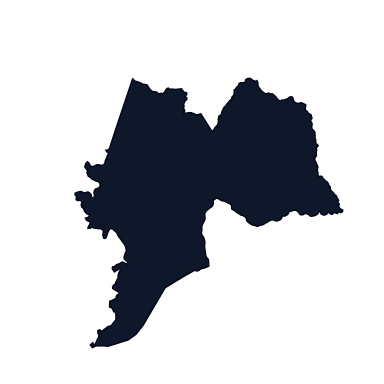 the district of Talismã, Tocantins, Brazil, rotated 164°
{"feature_id": "56859067B11733116520927", "entity_name": "Talismã", "entity_type": "district", "adm_level": 2, "iso_a3": "BRA", "parent_name": "Brazil", "parent_adm1": "Tocantins", "projection": "orthographic", "projection_center": [-49.065, -12.67], "detail": "fine", "context": "isolated", "style": "filled", "palette": "ink", "viewbox_px": 384, "rotation_deg": 164, "n_neighbors": 0, "source": "geoboundaries", "source_scale": "gbopen_adm2", "svg_char_len": 5993}
<svg xmlns="http://www.w3.org/2000/svg" viewBox="0 0 384 384"><g transform="rotate(164 192 192)"><path d="M63.7,131.9L62.4,132.5L61.1,133.2L58.0,131.2L57.2,132.2L55.7,132.4L54.8,131.2L53.0,131.5L52.1,133.0L53.3,134.1L54.4,135.5L55.0,137.3L53.8,140.3L55.1,141.0L54.6,142.2L53.4,143.6L53.7,145.3L54.4,146.8L54.3,148.5L55.7,150.2L56.1,151.7L57.1,153.7L58.2,155.3L58.2,156.8L57.7,158.6L58.6,160.6L58.7,162.6L59.5,164.8L61.1,166.1L61.3,167.5L62.5,168.9L62.5,170.4L63.5,171.7L64.9,171.4L66.1,172.8L66.2,174.9L65.5,175.9L65.8,177.8L65.1,179.6L64.2,181.2L64.2,182.8L64.5,184.4L64.6,186.1L65.2,188.0L65.0,189.6L65.2,191.3L64.0,191.1L62.9,192.2L62.2,193.3L62.0,194.8L61.3,196.9L60.5,198.1L60.6,199.7L59.6,200.6L57.9,201.9L58.9,203.6L59.7,205.5L59.0,207.0L58.7,208.3L58.9,209.8L58.8,211.1L58.0,212.0L58.1,213.7L57.4,215.2L57.8,216.7L58.4,218.1L59.2,219.4L59.2,221.0L58.4,222.8L57.7,224.6L58.0,226.1L58.4,227.7L57.7,228.8L56.3,229.9L56.4,231.7L56.1,233.0L57.2,234.5L58.8,235.1L58.6,236.6L59.2,237.7L60.3,239.2L60.1,241.6L59.0,243.1L58.7,244.6L59.9,245.6L61.3,246.9L62.6,247.8L63.9,247.7L65.6,247.9L66.9,248.1L67.5,249.3L69.0,250.4L69.2,252.1L69.2,253.5L69.2,255.1L70.1,256.2L71.9,256.3L73.4,255.8L74.6,255.3L76.5,255.2L79.0,255.0L80.5,255.7L81.7,254.9L82.9,255.8L83.7,256.7L84.2,258.1L85.0,259.3L85.2,260.9L86.6,261.9L86.7,263.2L88.1,264.4L89.9,264.6L90.9,266.0L92.8,265.9L94.5,266.2L95.4,267.4L97.2,269.7L97.8,271.2L98.5,273.4L99.4,274.8L99.1,276.8L98.6,279.2L98.9,281.1L100.9,280.3L101.2,281.8L102.5,281.6L103.2,283.3L104.4,284.8L105.6,285.5L107.9,285.7L109.6,285.0L110.1,283.3L112.6,282.6L114.0,283.4L115.2,283.6L116.8,283.3L117.8,281.6L119.9,280.5L121.9,278.9L123.4,278.4L123.9,276.0L125.2,273.6L127.3,272.3L128.1,270.6L130.5,269.4L132.5,268.0L133.9,267.2L135.6,265.5L137.2,264.9L138.4,264.0L139.7,262.4L140.9,261.2L141.5,259.7L142.7,258.2L145.0,257.7L146.2,255.7L146.9,253.9L147.2,252.2L148.6,249.6L152.5,247.3L154.2,245.4L156.1,244.6L162.0,264.7L163.3,264.7L164.7,264.7L166.2,264.8L170.7,268.3L171.9,268.8L173.1,269.1L176.4,269.4L178.4,269.6L177.4,270.6L176.5,272.6L177.2,275.2L176.0,276.4L176.0,278.1L175.4,279.4L173.6,281.4L171.6,282.4L171.0,284.1L172.6,285.4L170.1,287.3L169.9,289.0L172.2,290.1L173.7,294.1L176.1,294.5L178.6,294.9L181.3,295.7L182.9,296.5L185.0,296.8L186.1,298.4L187.3,298.4L189.2,297.3L190.4,295.7L192.9,294.6L194.5,295.3L197.4,295.8L198.4,297.8L200.5,298.7L202.8,299.8L204.1,302.2L205.1,304.9L205.4,307.0L207.9,308.6L209.7,309.0L211.3,311.1L212.5,311.6L213.9,313.0L215.9,313.9L217.9,317.1L249.0,271.9L252.5,266.7L259.0,257.0L260.6,255.6L263.3,255.8L262.7,254.0L261.7,253.3L261.4,252.1L262.9,250.8L264.6,248.4L265.6,247.2L266.7,245.9L268.0,243.3L270.1,242.4L271.9,242.5L274.6,244.1L275.9,244.4L277.1,244.2L278.8,243.8L281.0,244.0L282.6,245.1L283.0,248.1L284.3,249.9L286.1,248.7L288.1,245.8L287.6,244.2L286.3,240.9L287.6,239.7L287.4,237.3L287.4,236.0L285.7,234.0L284.6,232.0L282.7,230.4L281.0,228.8L279.2,227.9L278.4,226.8L278.2,224.6L278.2,223.2L279.4,222.8L280.3,221.5L282.3,221.5L284.0,221.5L285.5,220.1L286.5,218.1L286.6,215.8L287.6,213.6L289.4,213.7L290.1,214.8L289.7,217.1L290.8,219.4L291.8,220.6L293.1,220.9L294.5,220.6L295.9,220.9L297.2,221.8L298.1,222.9L299.8,223.3L302.1,223.3L304.3,223.2L305.3,221.6L303.9,219.0L305.1,217.9L305.4,216.5L304.3,215.3L302.5,215.0L301.0,214.1L300.5,212.1L302.1,210.4L302.0,207.6L300.6,206.1L300.8,204.4L300.4,202.7L299.3,200.5L298.5,199.5L297.0,198.6L297.5,197.0L299.5,196.1L301.6,196.2L301.2,194.1L299.5,192.3L297.7,191.1L300.0,188.2L301.2,187.2L302.0,185.9L299.9,185.2L298.5,185.9L295.4,184.1L292.0,182.6L289.2,181.6L288.2,179.6L288.0,178.2L288.9,176.7L289.6,174.8L289.6,171.9L288.2,171.3L287.1,171.9L284.0,176.4L282.0,178.6L281.3,179.6L278.6,178.5L275.5,173.6L275.1,170.4L272.9,164.4L271.2,159.8L270.9,157.8L271.1,154.6L271.6,153.0L272.9,151.7L274.6,149.2L275.3,148.1L275.5,146.4L274.9,145.1L273.2,142.5L273.7,141.2L274.8,140.7L276.8,142.7L278.4,144.0L281.0,143.1L284.8,142.8L287.0,141.7L288.9,141.9L289.8,140.3L289.2,138.2L288.5,136.5L286.6,137.3L284.8,137.6L282.8,139.0L282.4,136.6L284.3,134.9L286.1,132.1L286.6,129.9L289.7,126.8L290.9,124.8L293.1,124.0L294.4,122.7L294.8,121.3L293.8,119.9L291.7,117.7L288.9,114.9L292.9,113.3L293.7,112.1L294.3,110.7L298.7,109.8L301.2,109.6L302.9,104.2L301.3,102.9L300.5,101.6L300.3,98.7L299.1,97.8L298.8,95.5L300.3,90.1L303.3,88.2L305.6,86.4L307.7,85.5L309.4,85.9L315.0,83.8L316.6,83.0L317.9,83.5L318.6,84.9L320.7,84.7L321.4,82.1L320.9,79.7L322.1,77.6L323.4,76.7L325.9,73.5L326.9,72.6L329.0,72.1L328.9,74.5L331.9,73.0L330.6,69.9L326.7,70.6L324.2,69.8L320.8,69.0L315.1,66.9L294.2,67.4L285.0,70.7L275.4,77.7L244.2,107.4L223.7,113.0L210.9,116.1L209.3,114.8L207.2,114.7L205.1,115.6L203.4,115.7L201.2,115.6L198.4,115.8L196.3,116.1L195.2,120.9L194.9,122.6L196.1,125.3L196.3,126.9L196.1,128.9L195.6,131.0L195.5,133.2L195.2,134.7L194.9,137.0L194.0,138.5L193.3,141.2L193.3,145.0L194.3,148.0L194.4,149.8L193.4,151.9L192.7,153.7L192.3,156.1L191.0,157.7L189.8,159.3L187.8,161.1L186.5,163.7L186.1,166.7L185.2,168.4L184.0,169.6L181.8,170.7L178.5,172.0L177.2,172.4L176.0,173.1L174.4,175.6L174.5,177.2L173.5,178.3L169.7,179.5L165.6,175.3L163.6,174.5L161.3,172.4L159.4,170.7L158.5,169.8L157.6,168.3L158.0,166.7L158.4,164.9L157.4,163.4L155.9,162.0L154.2,159.5L152.4,157.7L151.2,156.2L149.8,155.5L148.4,154.2L147.4,152.9L147.2,151.6L147.2,149.2L146.6,147.9L145.6,146.5L144.1,144.7L142.2,143.1L140.8,142.7L139.4,141.4L137.8,140.9L136.6,141.3L135.3,141.1L132.1,141.2L130.4,141.7L128.0,142.2L126.5,142.8L123.7,143.2L122.0,143.0L120.8,142.2L119.0,140.8L117.2,140.8L115.4,140.9L113.6,141.7L112.2,143.5L110.8,143.8L109.1,143.3L106.9,143.8L105.2,144.9L104.3,146.5L101.5,146.3L100.2,146.4L98.7,146.4L96.9,145.7L96.1,144.5L95.0,143.0L94.4,140.6L92.5,139.7L91.2,139.7L89.3,140.3L87.9,139.6L86.0,138.0L84.8,136.1L83.0,135.6L80.0,135.5L77.4,136.2L74.7,138.5L73.6,137.2L74.1,135.6L73.0,134.7L72.2,133.7L70.6,133.3L68.7,133.5L67.6,134.7L66.2,134.7L65.5,133.5L63.7,131.9Z" fill="#0f172a" stroke="#020617" stroke-width="1.5"/></g></svg>